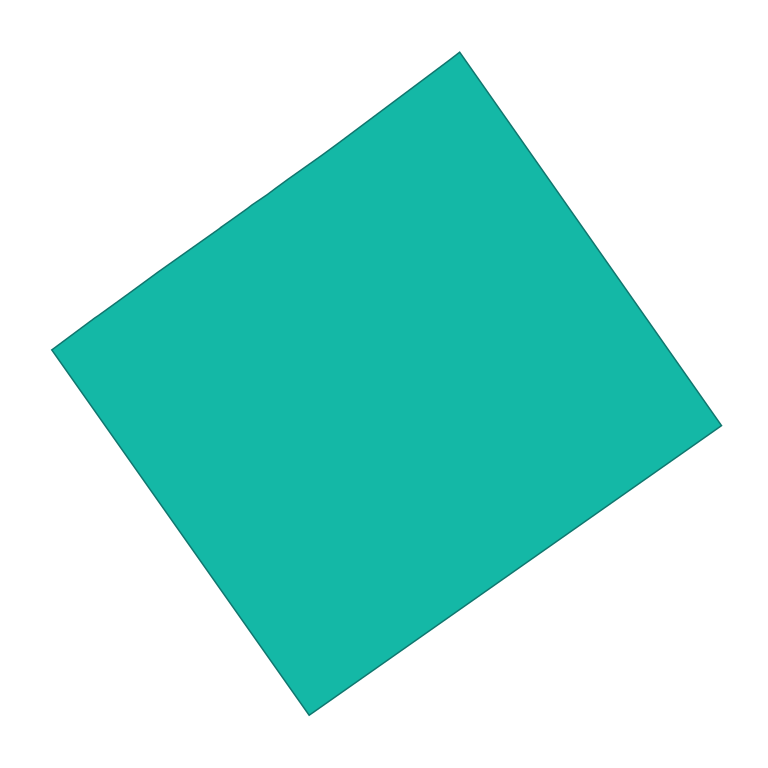 Appanoose, Iowa, United States of America (Mercator projection), rotated 145°
{"feature_id": "52423323B22987820366787", "entity_name": "Appanoose", "entity_type": "district", "adm_level": 2, "iso_a3": "USA", "parent_name": "United States of America", "parent_adm1": "Iowa", "projection": "mercator", "projection_center": [-92.849, 40.741], "detail": "fine", "context": "isolated", "style": "filled", "palette": "teal", "viewbox_px": 768, "rotation_deg": 145, "n_neighbors": 0, "source": "geoboundaries", "source_scale": "gbopen_adm2", "svg_char_len": 435}
<svg xmlns="http://www.w3.org/2000/svg" viewBox="0 0 768 768"><g transform="rotate(145 384 384)"><path d="M131.4,156.3L131.7,612.4L144.7,611.8L285.1,607.4L302.8,607.0L344.7,606.8L359.8,606.5L371.4,606.1L389.2,606.4L395.4,606.1L419.9,605.9L427.7,605.9L427.6,605.7L505.3,605.3L521.9,604.9L552.3,604.3L579.5,603.9L583.0,604.0L635.2,602.5L636.6,602.5L635.3,155.6L131.4,156.3Z" fill="#14b8a6" stroke="#0f766e" stroke-width="1.5"/></g></svg>